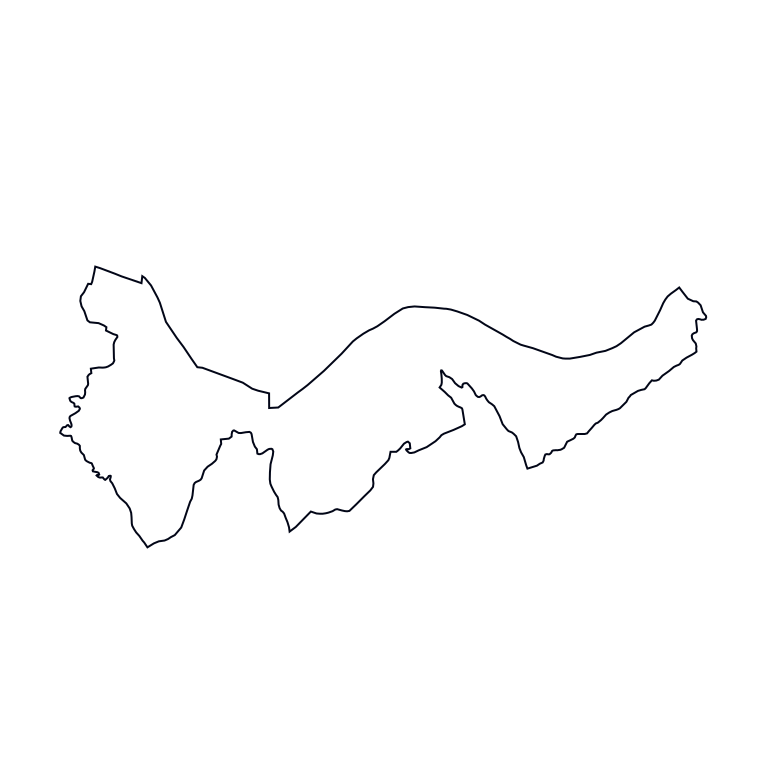 Thanh Thuy, Phú Thọ, Vietnam (Albers equal-area conic projection), rotated 265°
{"feature_id": "81297802B73795447547430", "entity_name": "Thanh Thuy", "entity_type": "district", "adm_level": 2, "iso_a3": "VNM", "parent_name": "Vietnam", "parent_adm1": "Phú Thọ", "projection": "albers", "projection_center": [105.283, 21.123], "detail": "fine", "context": "isolated", "style": "outline", "palette": "ink", "viewbox_px": 768, "rotation_deg": 265, "n_neighbors": 0, "source": "geoboundaries", "source_scale": "gbopen_adm2", "svg_char_len": 6068}
<svg xmlns="http://www.w3.org/2000/svg" viewBox="0 0 768 768"><g transform="rotate(265 384 384)"><path d="M526.1,106.6L521.2,105.3L511.3,102.2L509.0,101.0L509.6,98.0L501.6,93.2L497.8,89.7L493.2,88.7L487.7,89.5L482.7,91.8L473.2,94.1L471.1,96.4L469.5,105.0L466.7,110.1L464.8,112.4L461.5,111.7L457.3,118.7L456.1,121.7L455.6,122.4L454.1,122.5L451.3,120.2L449.2,118.9L446.8,118.1L433.1,117.2L431.0,117.4L430.1,117.0L428.2,115.8L427.0,113.8L425.5,110.7L424.9,108.4L424.8,106.8L424.8,105.3L425.3,101.4L424.8,93.3L420.3,93.4L419.5,91.6L418.8,90.6L417.1,89.2L410.0,89.3L408.6,88.9L405.2,86.0L403.8,85.6L401.8,85.6L399.6,85.2L396.7,83.4L396.2,81.6L396.4,80.6L398.3,79.1L398.7,77.5L398.7,75.8L398.3,71.8L397.9,70.3L397.3,69.4L395.3,69.8L394.6,70.0L393.4,71.0L392.2,73.1L391.4,73.8L389.1,73.8L388.6,73.9L388.2,75.1L388.3,77.4L387.0,78.6L385.8,78.9L383.9,77.6L381.8,74.0L379.5,68.9L378.7,68.1L377.5,67.7L375.1,68.0L371.7,69.0L370.3,69.2L368.9,68.9L368.3,68.0L369.0,67.0L370.6,65.8L370.6,64.9L368.9,62.9L369.0,61.4L368.7,60.3L367.8,59.5L365.0,57.6L363.5,57.2L360.5,60.7L359.9,63.8L359.8,67.0L359.5,67.7L358.3,68.1L354.7,68.5L353.3,69.6L352.1,71.0L351.3,73.2L350.1,74.8L348.9,75.6L346.3,75.4L344.1,75.6L342.1,76.5L339.4,78.8L334.6,79.7L333.2,80.9L332.2,82.4L331.2,84.0L330.8,85.3L330.3,86.0L328.0,86.7L325.6,87.6L325.0,87.6L323.5,86.2L322.4,86.4L321.9,87.9L321.1,90.8L320.4,91.9L318.6,92.4L318.2,91.7L318.4,90.3L317.9,89.7L316.2,91.3L315.5,92.9L315.5,94.7L315.4,95.7L313.9,96.7L313.0,97.5L312.8,98.0L314.7,100.6L316.3,101.8L316.5,103.2L316.1,103.8L314.7,103.5L312.9,102.7L311.1,103.0L308.8,104.6L303.5,106.7L297.7,108.4L293.5,111.2L287.5,116.9L282.2,119.8L277.7,120.9L273.4,120.9L267.0,120.6L264.8,120.8L261.3,122.3L257.7,124.2L254.0,127.0L248.9,129.9L247.0,131.3L241.9,134.1L245.3,140.9L246.9,146.0L247.2,151.8L248.4,155.4L250.0,158.3L251.7,162.4L258.7,169.5L266.5,173.2L274.7,176.7L283.6,180.6L286.5,182.5L289.7,183.5L300.1,185.6L301.9,186.8L302.8,188.3L303.7,191.1L304.6,192.9L305.9,194.1L313.5,197.3L317.0,201.1L319.5,205.6L322.1,209.2L323.6,210.5L326.1,211.3L328.3,211.0L336.6,215.4L338.5,216.6L343.0,216.6L343.1,224.7L344.9,227.6L347.4,227.9L349.7,228.6L350.8,229.9L350.8,230.7L347.9,234.9L347.6,237.2L348.0,242.2L348.0,245.8L347.1,247.1L345.7,247.7L337.7,248.4L332.9,249.9L330.1,251.7L325.7,251.8L325.1,252.9L324.9,254.3L325.5,256.8L328.7,262.3L329.3,263.9L329.3,266.1L328.8,267.1L326.4,267.8L322.6,267.0L314.0,264.0L306.1,262.7L298.9,261.9L294.6,262.1L291.7,263.0L286.3,265.1L282.9,266.8L280.6,268.2L277.7,268.6L273.0,268.5L269.4,269.2L266.9,270.4L265.6,271.9L263.7,273.2L259.2,274.4L254.8,275.8L249.5,276.9L245.2,277.1L249.3,283.7L263.3,300.0L260.9,305.5L260.3,309.1L260.1,311.6L260.3,314.8L260.7,317.4L261.8,321.7L263.2,324.5L263.4,326.4L261.7,331.0L260.8,333.9L260.4,336.2L260.6,338.5L266.9,346.3L273.9,354.6L279.2,361.1L282.5,364.1L285.9,364.8L290.1,364.7L294.1,365.9L296.6,368.5L304.2,377.9L307.7,381.7L309.9,382.9L315.9,384.6L315.4,390.4L316.7,392.4L318.4,394.5L322.8,398.7L324.2,401.4L324.5,402.8L322.7,404.5L317.6,404.6L316.9,402.9L317.2,401.2L316.9,400.3L316.0,400.6L313.9,402.4L313.1,403.4L312.9,405.1L313.2,408.3L314.9,412.8L317.4,421.0L322.5,430.3L326.0,434.8L328.0,436.7L329.3,439.4L332.2,449.3L335.2,457.9L336.8,461.0L351.5,459.9L352.9,459.6L353.9,458.3L354.7,456.7L355.7,455.0L356.8,453.7L358.3,452.4L364.5,449.7L367.1,446.9L370.8,443.8L375.7,439.1L378.2,441.1L380.4,441.7L384.2,442.0L388.9,442.0L391.9,441.8L392.6,442.2L392.4,442.9L387.6,445.6L386.4,446.7L385.1,449.7L383.0,452.3L378.6,454.9L375.4,458.1L373.7,461.0L374.0,461.8L376.2,462.1L377.4,463.1L377.7,464.4L377.7,466.0L377.3,467.1L372.0,471.1L368.8,473.0L365.1,474.4L364.2,475.1L363.0,476.4L362.7,477.7L363.1,479.0L364.2,480.8L364.3,482.0L363.9,482.9L362.7,483.7L360.6,484.5L358.7,485.5L356.7,486.9L354.5,489.7L352.3,491.9L341.9,496.3L333.6,498.7L328.0,502.5L326.3,503.9L324.6,507.2L323.1,508.8L320.4,511.1L314.6,512.5L308.4,513.3L304.0,514.6L299.0,516.9L290.5,518.6L287.2,519.5L289.3,529.2L291.0,532.3L292.0,535.2L293.7,536.3L295.5,536.7L298.5,537.9L299.7,538.6L300.0,540.2L299.6,541.5L299.6,542.8L300.9,544.5L302.7,545.7L303.1,546.7L303.1,549.6L302.9,550.8L303.1,554.1L303.6,555.5L304.8,557.9L310.5,561.4L311.1,562.9L311.7,564.6L313.0,567.9L314.1,569.4L316.1,570.4L317.1,571.2L317.3,572.5L316.7,579.6L317.1,582.0L319.2,584.0L322.1,587.1L324.9,589.9L326.2,591.5L326.8,593.6L329.1,597.0L330.9,599.1L334.2,602.6L336.0,606.0L337.2,609.1L338.0,613.3L338.6,615.4L339.3,616.9L345.1,623.9L349.0,626.4L350.2,627.8L351.5,628.9L355.0,636.4L355.7,639.7L356.1,643.1L357.0,644.3L361.7,648.4L364.3,651.2L363.7,653.1L363.7,655.6L364.4,658.2L368.0,662.1L372.1,669.1L375.7,674.2L376.8,677.0L377.4,679.2L378.2,680.6L381.4,683.2L383.9,687.7L386.3,693.3L387.7,696.1L389.0,698.1L392.3,698.1L394.2,698.5L397.2,698.1L400.8,695.6L402.6,694.9L405.3,694.8L406.6,695.5L407.5,696.9L408.3,699.7L409.5,700.5L411.2,700.6L419.9,700.4L421.1,701.3L421.4,702.6L421.0,704.3L420.3,705.9L420.2,708.0L420.8,710.1L422.4,710.8L423.8,710.7L427.6,708.0L434.8,706.3L437.7,704.0L439.0,702.4L439.5,699.3L442.5,694.1L449.9,689.3L454.4,686.5L452.2,683.1L449.0,677.7L446.5,674.2L443.6,671.6L440.2,669.2L433.5,665.5L423.5,659.3L421.6,657.6L419.9,655.6L419.2,652.9L418.4,648.6L413.7,637.7L404.0,623.6L401.4,618.9L399.8,614.5L397.7,607.5L396.7,598.4L395.0,591.6L393.9,581.6L393.1,571.3L393.5,566.9L393.9,564.3L396.2,557.8L398.2,554.1L406.7,535.5L410.2,526.2L411.3,523.5L415.6,516.5L417.9,513.6L420.3,510.1L422.9,506.6L434.3,489.9L438.8,484.2L445.5,473.0L449.9,463.3L452.3,457.2L453.5,452.7L453.8,450.4L455.6,441.3L457.0,431.3L458.6,421.2L458.5,414.7L457.6,409.3L453.0,400.4L446.5,390.1L442.1,382.4L440.1,377.8L438.8,373.9L435.9,367.8L431.8,360.7L429.1,356.7L417.9,344.4L402.3,325.3L389.6,307.8L386.1,302.4L383.2,297.6L369.8,276.6L370.1,267.5L384.7,268.7L388.3,258.0L390.8,252.3L397.6,243.5L402.7,232.8L416.0,204.5L417.0,199.5L425.9,194.4L438.4,187.5L447.9,181.6L464.9,172.2L484.5,167.8L489.9,165.9L502.5,160.5L510.5,155.0L512.5,152.6L505.6,151.2L514.1,131.9L517.4,125.4L524.2,111.2L526.1,106.6Z" fill="none" stroke="#020617" stroke-width="2"/></g></svg>